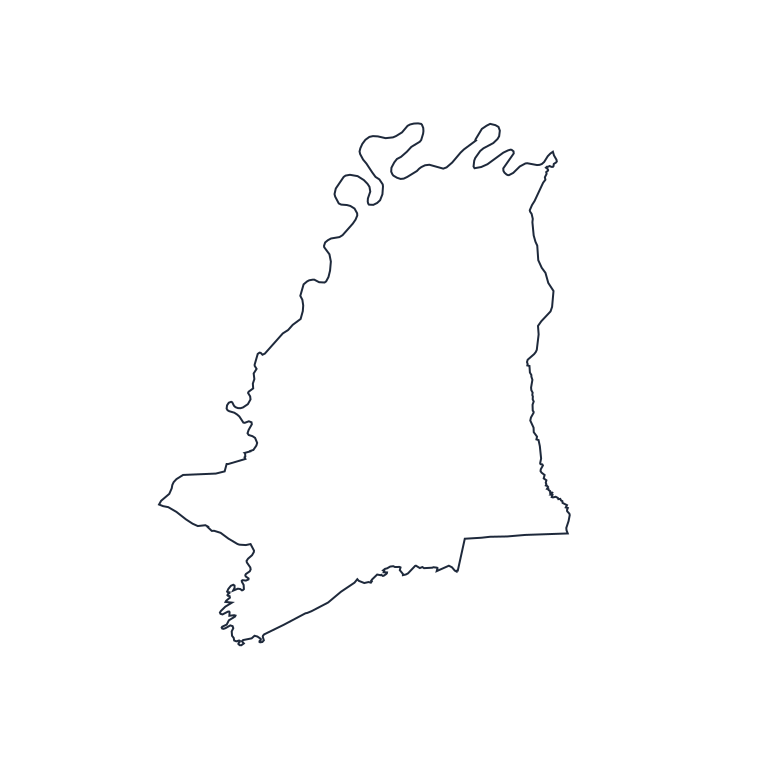 the district of Puerto Tejada, Cauca, Colombia, rotated 60°
{"feature_id": "7082276B86469624898936", "entity_name": "Puerto Tejada", "entity_type": "district", "adm_level": 2, "iso_a3": "COL", "parent_name": "Colombia", "parent_adm1": "Cauca", "projection": "equal_earth", "projection_center": [-76.412, 3.266], "detail": "fine", "context": "isolated", "style": "outline", "palette": "slate", "viewbox_px": 768, "rotation_deg": 60, "n_neighbors": 0, "source": "geoboundaries", "source_scale": "gbopen_adm2", "svg_char_len": 6165}
<svg xmlns="http://www.w3.org/2000/svg" viewBox="0 0 768 768"><g transform="rotate(60 384 384)"><path d="M391.0,627.7L402.2,623.2L409.3,619.6L413.9,616.3L417.0,609.3L419.6,607.7L419.8,608.2L425.1,606.6L426.2,604.5L431.2,599.9L440.2,596.0L449.3,590.9L450.8,589.6L454.4,584.2L455.9,579.6L463.3,579.9L464.5,580.8L466.3,583.9L467.3,589.1L468.5,591.5L470.0,592.0L476.0,591.5L477.9,592.2L479.1,593.9L479.5,598.6L480.2,599.7L481.5,600.0L484.7,598.5L485.5,599.1L485.2,601.9L483.2,604.5L483.2,605.5L484.2,606.0L487.8,606.0L491.6,607.9L491.9,609.3L491.7,610.2L489.7,611.0L488.2,612.9L487.5,618.0L485.9,615.4L483.8,614.2L482.5,614.9L482.2,617.5L483.6,621.2L485.4,623.7L486.2,623.4L487.2,621.9L487.7,622.2L488.0,624.2L488.6,625.2L489.3,625.1L490.5,623.8L492.0,624.3L492.8,629.0L493.5,630.2L497.3,625.0L497.5,632.8L499.0,638.7L499.9,640.4L501.3,640.5L502.8,639.1L503.1,632.9L503.6,631.9L504.4,631.8L507.4,633.8L509.3,629.4L510.3,628.4L510.9,629.2L511.1,636.5L513.7,640.5L513.3,645.5L513.8,646.4L514.9,646.4L515.8,645.4L516.2,643.3L516.2,637.8L518.0,636.2L520.1,636.6L522.1,639.6L526.1,641.5L528.7,641.1L531.2,642.0L533.0,640.6L533.7,637.7L534.4,637.3L535.3,638.1L535.7,639.6L536.3,640.1L538.0,639.6L538.9,638.2L538.6,635.1L535.7,635.7L535.3,634.1L538.1,625.8L537.3,622.0L539.4,619.9L543.0,618.2L544.0,618.6L544.4,620.3L545.1,620.8L545.8,620.4L546.6,618.3L545.9,616.2L542.3,615.4L541.5,614.7L540.9,613.0L542.4,591.3L543.3,566.7L543.9,564.9L544.5,560.4L545.3,541.7L542.4,525.1L541.3,508.9L539.7,504.7L541.8,504.3L546.5,500.6L547.8,496.4L549.5,494.7L548.8,493.2L548.0,493.5L547.3,492.0L545.6,485.2L547.9,482.5L547.9,481.7L549.5,481.1L549.9,480.2L549.7,477.3L549.4,476.2L548.7,475.6L546.9,478.4L546.1,477.3L545.0,478.0L544.6,475.6L545.2,473.4L545.2,469.9L546.4,467.1L548.0,466.0L550.2,462.0L551.1,461.4L553.1,463.4L557.9,462.6L559.0,463.2L559.9,460.3L560.0,457.9L557.1,448.0L557.3,447.2L561.3,445.0L561.7,442.3L563.5,441.4L567.2,434.1L567.4,432.8L569.5,430.0L570.2,429.7L572.4,431.9L573.8,418.7L576.7,416.8L581.0,416.0L582.8,414.9L582.1,414.3L582.5,413.4L558.4,391.4L565.9,376.4L569.3,368.6L577.6,353.6L585.3,337.2L605.3,299.6L602.0,299.1L599.8,298.1L595.0,292.7L590.4,288.7L589.0,288.3L585.8,289.0L584.6,288.5L583.3,286.8L581.8,288.3L580.4,286.1L576.3,288.8L574.6,288.1L573.4,288.9L571.6,288.8L570.9,290.6L569.6,290.4L567.5,291.7L566.7,294.4L565.8,295.3L564.3,293.6L563.1,295.1L562.4,292.6L561.9,292.8L561.3,294.5L559.7,293.7L558.2,294.5L557.2,294.1L556.3,295.2L555.3,293.4L554.0,293.6L552.8,294.6L552.0,293.5L550.4,293.3L548.6,291.5L545.6,292.9L543.1,290.4L539.5,291.9L537.7,292.0L536.2,290.8L534.0,287.1L532.8,287.1L531.7,288.5L530.7,288.4L527.1,285.2L515.7,280.1L509.8,278.2L508.2,279.7L506.1,277.8L500.6,278.4L496.6,276.3L488.8,275.6L486.5,273.5L483.7,268.8L482.7,268.3L481.4,268.5L476.2,265.7L474.0,263.1L471.6,262.9L469.2,261.3L467.7,261.1L465.8,259.6L463.0,259.5L460.6,258.4L454.6,253.4L451.3,252.7L449.9,251.9L447.0,251.9L441.1,249.0L439.6,250.6L438.5,249.6L436.5,249.2L434.8,247.4L433.2,239.1L432.2,236.6L430.8,234.6L418.4,225.3L410.7,221.6L408.3,216.4L404.4,203.5L401.3,199.9L388.2,190.7L378.6,191.2L368.5,188.6L362.2,189.3L353.9,188.5L340.8,182.1L336.5,181.7L330.2,180.1L318.1,174.6L315.4,172.6L310.5,171.1L307.8,171.3L306.4,170.9L303.0,166.3L300.8,162.1L289.2,145.5L287.8,142.1L285.4,141.3L283.3,138.1L281.6,137.6L281.2,135.3L280.8,134.9L279.5,134.8L277.6,135.6L277.3,134.3L277.9,133.2L278.0,131.6L279.6,130.5L280.4,129.2L280.1,128.3L278.3,126.9L278.2,124.2L277.7,123.1L276.0,122.5L271.0,122.5L267.3,121.6L267.6,124.8L268.6,128.3L271.8,134.3L272.4,137.3L272.0,139.7L270.9,142.0L264.4,149.6L263.7,151.3L263.5,157.6L265.8,166.5L265.6,171.3L265.1,172.2L263.9,173.1L261.2,174.0L259.1,174.0L256.9,172.9L249.2,156.4L247.3,155.5L245.0,156.4L244.3,157.3L243.7,159.8L243.3,165.0L245.4,184.5L244.7,191.3L242.4,197.7L240.4,197.7L235.7,194.2L233.9,192.0L230.3,184.2L229.6,180.0L230.0,168.9L228.6,163.2L227.0,160.4L222.5,157.0L218.6,156.3L215.5,158.1L211.8,162.0L211.6,166.0L212.0,171.7L217.8,182.2L218.4,182.9L219.1,182.6L220.8,197.5L221.9,202.0L226.3,214.2L227.7,221.5L227.1,225.0L216.8,235.1L215.1,239.1L214.8,243.2L215.1,245.9L216.0,249.0L216.3,260.3L216.0,264.2L214.7,267.1L211.9,269.6L208.2,271.7L206.7,271.9L203.7,271.6L200.4,269.4L197.2,264.3L195.6,260.3L195.8,255.7L194.3,248.1L192.3,241.7L192.1,231.9L191.3,229.8L186.8,225.0L184.7,223.4L181.9,222.0L178.4,221.5L177.3,221.8L175.3,224.2L173.4,227.9L172.3,231.6L172.2,234.5L175.1,242.6L175.3,249.7L174.9,252.9L171.9,259.7L166.5,265.5L163.8,269.6L162.7,273.1L163.2,278.0L165.2,282.7L168.0,286.6L170.4,288.9L172.9,289.7L179.2,289.9L184.3,289.0L194.8,288.4L200.4,287.8L204.5,285.7L210.5,285.3L212.4,286.1L218.9,290.5L222.9,295.5L223.8,299.4L223.5,303.7L221.2,307.3L219.9,307.5L217.9,306.9L215.3,305.2L210.5,299.7L206.0,298.0L202.4,298.2L197.3,299.5L190.8,302.9L185.8,308.9L184.3,313.1L184.5,315.4L190.6,328.0L194.8,331.9L197.3,332.6L205.0,332.9L207.2,331.4L210.5,326.6L213.0,324.1L217.3,321.8L222.7,321.9L224.7,322.9L227.4,326.4L229.5,330.8L234.4,345.5L234.5,349.1L231.5,357.1L231.4,360.7L232.0,364.2L234.4,366.9L235.7,367.4L244.4,366.4L251.4,368.8L258.8,374.0L263.6,378.6L266.2,382.8L266.4,384.7L263.4,389.3L258.8,392.2L258.0,393.6L256.8,396.9L256.7,399.3L257.5,403.8L265.8,412.4L270.3,412.6L275.6,414.7L280.3,417.9L286.0,423.7L287.1,433.4L289.3,440.0L289.6,446.4L298.1,472.0L297.9,474.6L295.4,475.2L294.6,476.1L294.8,478.3L302.6,486.4L303.6,486.9L307.2,486.8L309.7,491.6L314.9,493.8L318.1,497.4L322.4,499.5L323.0,505.1L323.8,506.2L327.8,506.1L330.6,507.3L333.4,512.0L333.8,517.9L333.2,520.4L331.8,522.6L329.8,524.2L327.9,524.8L324.0,524.6L323.0,525.3L322.6,527.8L324.0,530.6L326.6,532.6L328.5,532.6L330.1,531.7L334.0,528.0L336.9,526.5L339.8,525.5L347.1,525.1L348.0,524.0L348.7,519.7L350.9,517.9L352.8,518.6L356.1,524.2L358.4,526.8L360.5,526.7L363.4,524.0L366.2,522.6L371.6,523.3L373.5,525.3L375.8,530.1L375.1,533.3L375.5,533.4L374.0,539.2L374.6,539.0L377.5,540.4L377.7,541.4L379.6,541.5L375.4,559.0L374.6,560.3L380.0,565.7L377.5,574.4L362.3,603.5L362.6,611.3L363.8,615.2L365.6,617.8L368.2,620.0L371.8,624.9L373.7,635.4L375.9,639.1L379.3,636.4L382.8,632.4L391.0,627.7Z" fill="none" stroke="#1e293b" stroke-width="2"/></g></svg>